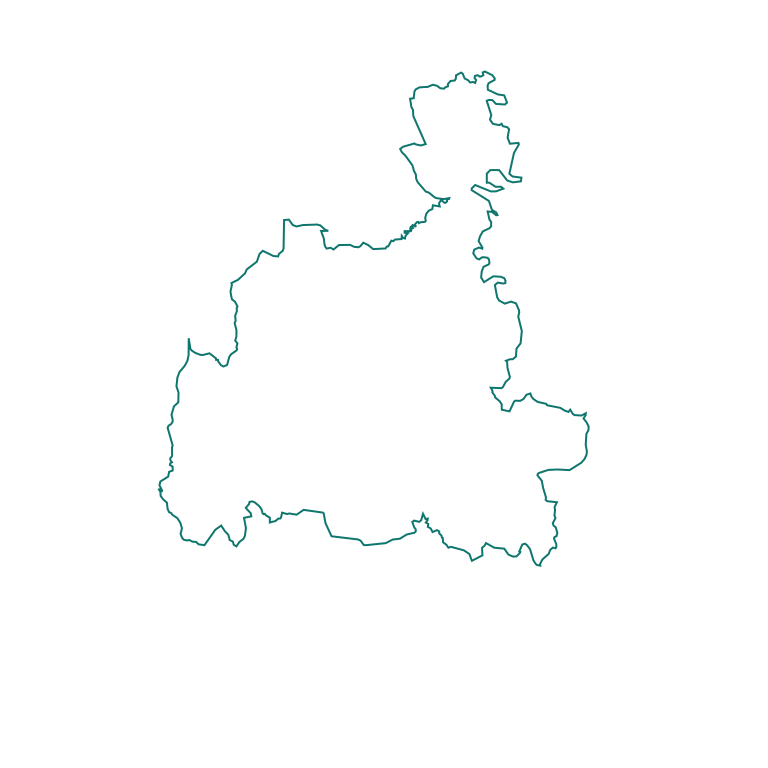 outline of Coatzingo, Puebla, Mexico, rotated 149°
{"feature_id": "50627088B82635679663989", "entity_name": "Coatzingo", "entity_type": "district", "adm_level": 2, "iso_a3": "MEX", "parent_name": "Mexico", "parent_adm1": "Puebla", "projection": "natural_earth1", "projection_center": [-98.173, 18.574], "detail": "fine", "context": "isolated", "style": "outline", "palette": "teal", "viewbox_px": 768, "rotation_deg": 149, "n_neighbors": 0, "source": "geoboundaries", "source_scale": "gbopen_adm2", "svg_char_len": 6166}
<svg xmlns="http://www.w3.org/2000/svg" viewBox="0 0 768 768"><g transform="rotate(149 384 384)"><path d="M132.6,587.7L131.7,588.9L132.1,592.9L136.6,599.9L138.9,600.2L139.7,597.6L140.7,597.5L143.4,597.9L144.6,600.4L147.4,601.2L148.8,599.7L148.5,597.1L150.8,595.1L152.1,597.0L154.8,598.0L155.5,601.1L157.5,604.4L156.7,609.4L157.5,611.2L163.2,611.5L165.3,608.6L167.1,607.7L170.9,609.5L174.8,608.2L175.9,606.2L178.6,606.8L180.4,606.2L183.4,608.5L185.0,612.4L188.1,615.4L193.4,616.1L200.8,620.0L205.1,620.2L207.1,619.2L211.4,613.6L214.7,615.1L217.9,607.3L218.0,604.0L220.9,598.5L224.7,568.2L229.6,569.5L233.6,573.3L234.0,574.5L245.6,577.6L249.1,577.1L249.3,573.3L248.1,569.1L247.0,556.8L248.5,551.6L248.8,547.1L250.6,543.7L251.2,539.8L249.1,527.5L246.9,524.8L244.5,517.9L243.0,516.0L237.5,511.7L232.3,509.7L233.0,509.1L235.1,509.7L236.0,508.0L238.0,507.6L239.2,508.9L239.7,511.4L240.8,512.0L243.8,510.6L244.8,507.5L250.0,512.0L252.5,509.1L256.5,509.5L260.0,508.2L263.2,505.1L264.1,502.4L265.4,501.9L269.6,503.9L271.3,503.9L271.3,505.4L272.4,505.8L275.7,504.7L275.5,503.1L276.1,503.0L277.7,505.5L278.8,504.9L278.8,502.8L279.8,503.1L280.5,504.6L281.8,503.3L281.3,501.8L282.2,501.2L287.6,504.4L288.4,503.0L285.8,500.9L289.1,500.0L291.1,497.9L292.3,499.2L292.5,501.8L294.3,499.2L300.3,502.2L302.5,501.6L303.9,503.1L309.5,499.8L310.8,500.4L312.9,499.4L323.8,505.2L326.0,511.3L329.0,515.8L333.2,514.3L335.5,514.4L338.9,516.9L341.4,520.7L351.0,526.3L358.0,525.3L359.6,528.3L363.4,529.6L363.6,531.6L363.1,534.3L360.7,539.5L359.1,547.6L352.9,544.0L355.0,546.5L356.8,552.6L359.2,555.1L371.6,562.0L377.8,564.1L380.3,567.2L380.9,573.9L385.2,576.0L400.3,551.9L402.3,550.3L407.0,549.6L409.1,547.9L412.9,550.7L419.3,560.6L423.7,559.6L430.0,554.3L442.7,552.9L446.2,550.4L455.5,548.5L462.8,549.1L463.4,547.2L468.0,542.3L469.6,538.3L470.7,534.8L469.3,531.3L469.7,525.8L471.1,525.1L472.5,522.3L476.5,519.1L478.6,514.6L480.7,513.1L482.6,506.4L486.0,500.8L489.2,497.8L488.7,494.3L491.7,491.3L491.8,489.6L493.1,488.7L499.5,488.3L502.6,487.0L508.7,481.1L512.6,481.7L514.0,484.0L514.5,488.8L513.9,490.2L515.5,491.2L514.8,492.5L517.8,500.2L524.2,502.1L526.5,503.7L529.9,508.1L531.5,511.6L531.9,513.7L527.8,523.8L536.7,509.3L540.7,505.0L545.3,502.3L553.3,499.5L557.8,495.9L563.1,488.9L564.5,482.5L569.8,474.2L575.6,473.0L581.9,467.2L583.7,461.8L584.8,460.4L587.2,459.3L590.2,459.2L592.0,457.9L596.8,440.2L598.4,438.8L602.7,431.4L605.7,430.2L606.4,428.4L606.1,426.1L608.0,426.1L609.2,424.8L607.7,422.1L609.7,418.7L613.4,419.4L616.7,415.8L625.9,415.6L628.6,412.9L629.1,406.8L629.7,406.6L631.3,410.3L631.2,406.7L633.1,403.1L632.7,398.9L631.2,394.2L633.9,388.1L634.2,384.6L633.0,383.3L632.7,380.7L630.3,375.6L630.0,370.1L631.5,364.4L635.5,360.4L636.3,356.2L635.8,353.6L633.3,351.2L631.3,350.7L629.4,347.5L626.5,345.5L625.4,342.0L620.9,338.3L603.8,345.9L596.5,346.5L596.2,339.6L595.1,335.1L596.6,329.7L594.7,326.8L595.6,323.6L594.1,320.8L589.3,323.1L584.4,323.6L581.6,325.3L576.6,331.5L572.9,341.4L565.9,338.9L564.8,341.8L566.3,349.0L561.5,350.6L560.0,352.2L557.3,351.2L555.7,348.9L553.9,343.9L553.5,339.8L554.7,335.6L554.2,334.4L553.1,334.2L552.8,332.1L550.7,328.2L553.2,324.1L547.4,322.4L544.1,323.1L542.4,322.2L541.1,322.5L537.6,326.2L534.0,322.4L532.0,321.9L526.2,317.0L517.7,317.5L502.7,305.3L502.3,304.2L505.8,294.9L507.4,280.5L486.3,264.1L484.7,261.7L484.3,256.5L482.8,255.3L464.5,246.7L456.7,246.2L450.0,243.2L442.1,243.3L434.4,240.8L432.7,241.3L431.7,243.0L431.9,245.7L430.8,251.2L428.5,251.4L424.8,247.7L422.3,248.1L417.4,252.7L417.9,246.7L415.8,246.1L416.8,244.8L419.5,243.7L418.1,241.3L420.0,239.0L418.4,236.2L418.6,232.1L413.9,231.5L412.6,229.2L413.6,227.5L412.8,224.5L413.5,222.4L413.0,221.6L414.9,217.9L413.3,214.1L413.1,210.5L410.4,209.9L401.3,200.4L398.4,194.4L399.7,187.2L387.9,186.4L384.3,193.1L381.1,193.6L378.5,195.1L373.8,186.9L365.7,180.9L365.2,173.7L362.2,169.5L359.1,168.0L354.8,169.1L353.7,169.8L354.3,170.7L348.2,175.2L345.4,174.5L344.4,172.1L343.9,167.2L346.7,156.0L346.7,152.2L346.2,150.2L343.6,147.8L343.1,149.2L338.6,152.0L330.5,153.5L326.7,156.3L323.5,156.8L321.6,154.8L320.3,155.5L318.8,158.0L317.9,164.0L316.5,165.0L314.5,164.7L312.1,167.1L310.6,172.8L311.6,175.2L311.0,177.8L306.1,180.7L305.6,183.6L302.4,187.7L301.1,190.7L296.7,193.6L304.4,199.4L305.1,201.4L303.5,203.6L301.1,213.1L298.6,219.7L299.5,226.7L298.4,227.8L296.9,227.9L287.3,225.7L279.2,221.3L269.3,214.6L255.5,214.9L251.0,216.3L246.8,219.1L244.8,221.7L242.4,228.0L236.2,237.0L232.6,239.1L230.6,241.9L230.1,246.4L230.7,251.7L227.3,253.4L226.1,255.0L230.9,255.2L236.8,259.3L237.6,261.4L237.6,266.1L240.3,265.1L242.6,267.8L245.2,272.8L255.2,281.8L255.1,283.4L261.5,289.5L263.6,294.0L264.1,297.1L263.4,300.5L267.4,301.4L272.2,299.3L276.0,299.4L279.9,302.0L281.5,302.0L290.5,295.9L296.3,301.3L293.6,305.9L293.7,309.5L295.6,315.2L295.1,316.5L295.4,321.1L294.5,322.2L294.4,325.8L285.4,319.9L283.7,320.1L278.5,323.2L273.6,324.1L272.4,325.4L269.9,334.1L267.1,339.5L267.5,341.1L263.4,340.4L260.8,338.9L256.7,339.6L252.2,346.1L246.0,348.5L238.6,358.4L234.2,372.7L231.2,375.7L230.3,377.8L229.3,385.1L232.7,389.2L239.1,390.7L242.4,396.4L242.3,400.1L238.0,411.7L234.2,412.3L230.2,408.8L228.1,408.0L226.7,409.9L226.4,412.8L228.7,415.8L234.8,420.0L245.8,419.8L245.9,425.2L242.4,430.0L238.3,433.2L232.7,432.6L231.3,433.4L229.9,436.5L230.2,438.8L233.3,441.4L234.9,442.1L238.3,441.8L240.0,444.1L240.2,450.0L237.5,452.7L232.4,452.1L230.1,449.4L229.4,450.2L229.3,457.8L225.5,461.2L220.7,463.9L213.3,463.2L211.0,464.0L208.7,467.7L208.9,470.7L206.3,478.5L202.8,475.9L200.9,470.8L199.7,470.4L199.4,473.2L201.8,477.6L199.8,486.9L209.0,505.0L208.2,506.4L203.4,507.6L193.2,494.0L188.7,491.4L181.1,490.0L182.1,492.8L186.8,495.6L190.1,502.4L192.2,503.6L187.5,511.4L182.6,512.6L175.1,508.0L173.6,495.0L169.7,490.5L162.3,487.2L159.9,490.1L166.9,495.6L168.3,499.6L153.6,515.1L145.0,519.9L144.6,521.4L152.3,525.1L151.2,531.5L145.6,537.9L146.0,540.5L149.3,543.8L149.2,546.5L151.8,546.5L156.7,550.9L157.0,556.0L153.5,559.3L150.1,573.8L148.0,573.6L144.9,571.6L143.8,566.5L142.2,565.3L136.4,561.3L133.6,561.8L132.3,569.5L137.2,573.5L143.4,582.7L141.6,586.3L139.4,588.0L132.6,587.7Z" fill="none" stroke="#0f766e" stroke-width="2"/></g></svg>